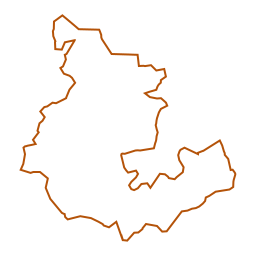 Pankshin, Plateau, Nigeria
{"feature_id": "59680162B11957186029310", "entity_name": "Pankshin", "entity_type": "district", "adm_level": 2, "iso_a3": "NGA", "parent_name": "Nigeria", "parent_adm1": "Plateau", "projection": "albers", "projection_center": [9.454, 9.312], "detail": "fine", "context": "isolated", "style": "outline", "palette": "amber", "viewbox_px": 256, "rotation_deg": 0, "n_neighbors": 0, "source": "geoboundaries", "source_scale": "gbopen_adm2", "svg_char_len": 2273}
<svg xmlns="http://www.w3.org/2000/svg" viewBox="0 0 256 256"><path d="M62.4,15.4L54.0,21.5L53.8,29.0L52.9,31.2L53.1,33.4L53.3,36.2L55.4,41.3L55.0,41.9L55.3,49.1L61.8,49.6L64.9,42.3L74.7,40.2L74.7,40.3L66.5,54.0L64.8,54.8L65.9,59.5L63.0,66.4L60.4,68.0L63.9,73.7L69.6,75.8L72.0,77.8L75.1,82.8L73.0,85.4L69.5,89.6L66.2,97.6L66.1,98.2L56.1,103.2L52.5,102.7L47.3,106.4L44.3,107.1L40.3,111.5L44.7,117.1L42.5,120.8L39.5,123.3L37.5,130.8L38.7,132.3L33.0,139.8L35.6,144.0L31.7,144.9L27.6,145.7L26.1,146.2L25.1,146.3L23.5,147.6L25.0,154.2L23.3,163.9L20.7,169.8L30.6,172.9L33.3,172.0L40.0,172.0L47.8,178.4L47.8,178.6L45.7,187.8L50.3,198.9L61.9,212.9L64.0,213.9L64.6,214.0L65.2,217.0L67.7,219.4L80.3,216.2L91.0,218.1L98.4,221.7L102.7,224.1L103.7,225.5L109.0,227.3L116.3,221.8L122.0,238.0L122.1,237.6L122.9,240.1L127.2,240.6L134.2,232.7L138.3,232.5L142.4,229.1L142.6,228.2L146.0,224.0L157.0,226.0L162.2,231.6L166.7,231.3L181.8,211.4L187.5,210.6L192.0,208.7L195.8,208.1L199.2,206.5L202.8,203.6L205.1,201.0L205.8,197.5L209.1,196.0L215.6,191.7L229.5,189.5L233.2,187.0L233.4,181.8L233.7,180.0L235.3,174.6L235.2,173.4L234.3,171.9L232.6,169.7L230.7,170.0L228.2,158.9L224.8,154.9L224.7,153.1L223.9,151.3L222.2,145.5L219.8,140.5L202.9,151.1L203.4,150.7L198.0,152.8L198.0,154.1L184.5,147.7L180.5,149.8L179.5,151.3L178.2,155.1L179.3,160.2L183.6,167.2L182.8,172.2L176.6,177.2L174.7,179.2L168.8,178.1L168.0,176.7L165.0,174.3L159.9,173.8L150.4,187.8L147.3,183.3L141.4,184.0L137.8,188.3L134.1,190.1L131.3,189.1L129.1,185.3L131.3,181.9L136.0,177.4L138.0,173.9L136.0,170.6L128.1,172.6L126.2,170.4L124.2,167.5L121.2,155.2L121.6,153.9L122.4,153.6L122.5,153.6L124.8,153.8L135.4,150.5L137.6,150.3L140.1,150.5L153.9,148.3L155.2,143.1L155.7,141.8L156.2,140.0L156.6,136.2L157.7,132.4L156.7,129.2L155.7,125.1L156.2,123.5L156.5,120.7L157.0,118.2L157.7,116.1L158.9,112.4L160.9,108.9L167.2,105.7L166.0,102.7L165.5,102.2L161.0,98.2L157.0,98.5L149.9,97.1L145.0,93.3L149.4,91.8L156.3,89.8L157.5,86.5L158.7,84.6L160.8,82.7L160.9,80.1L165.9,76.6L164.2,69.0L156.3,70.5L151.0,65.2L145.0,66.1L143.5,65.8L138.9,66.0L137.6,54.8L134.0,54.7L128.8,54.5L111.6,54.0L102.8,40.5L101.9,39.1L101.3,37.4L101.2,34.8L100.2,32.2L100.0,31.6L99.2,29.7L78.7,29.2L74.1,25.2L62.4,15.4Z" fill="none" stroke="#b45309" stroke-width="2"/></svg>